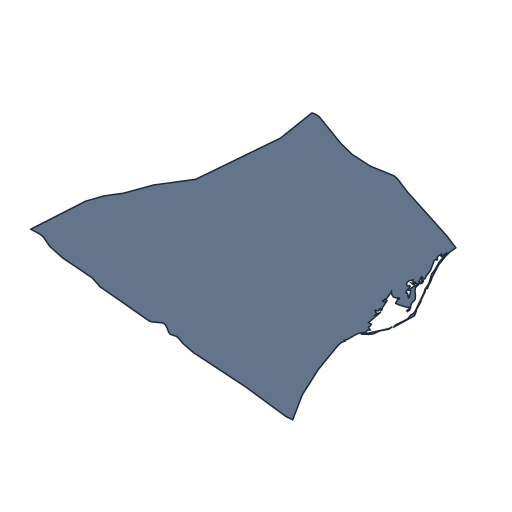 Shamal Sina', Mercator projection, rotated 144°
{"feature_id": "EGY-1558", "entity_name": "Shamal Sina'", "entity_type": "Governorate", "adm_level": 1, "iso_a3": "EGY", "parent_name": "Egypt", "parent_adm1": "", "projection": "mercator", "projection_center": [33.332, 30.402], "detail": "fine", "context": "isolated", "style": "filled", "palette": "slate", "viewbox_px": 512, "rotation_deg": 144, "n_neighbors": 0, "source": "natural_earth", "source_scale": "10m", "svg_char_len": 3116}
<svg xmlns="http://www.w3.org/2000/svg" viewBox="0 0 512 512"><g transform="rotate(144 256 256)"><path d="M329.6,119.5L331.1,124.1L336.8,142.0L341.4,156.4L347.0,171.1L354.4,190.8L363.4,214.6L366.5,228.0L366.9,235.0L367.7,237.9L370.0,241.1L371.5,243.2L371.5,245.5L370.1,250.5L369.8,253.5L370.1,255.4L371.1,257.0L379.1,264.0L380.7,266.4L385.5,280.3L394.1,305.2L399.8,321.4L400.2,322.3L400.4,323.3L400.5,324.3L400.4,325.3L401.4,334.5L407.7,352.0L413.5,367.8L417.2,385.1L416.9,396.6L418.0,400.6L421.3,407.6L422.5,410.0L422.4,410.1L361.6,400.5L343.4,393.9L326.5,384.8L297.0,373.6L259.7,353.5L166.8,337.0L126.6,338.9L125.6,337.4L124.3,335.1L123.0,331.6L121.2,297.3L118.5,281.7L110.8,261.6L97.4,240.1L97.1,239.5L96.6,237.2L96.1,233.7L95.8,218.7L89.8,159.9L89.5,145.2L89.8,145.1L96.2,145.3L102.3,144.5L113.1,141.6L126.1,135.2L128.6,133.3L134.6,130.2L136.2,129.0L137.2,129.0L137.2,130.3L132.5,132.1L124.4,138.2L119.7,139.6L111.7,143.3L99.2,146.5L106.3,146.5L106.3,147.7L104.2,148.8L108.7,148.8L110.3,148.2L111.3,146.5L112.2,146.5L112.3,147.5L112.8,147.7L113.4,147.5L114.2,147.7L123.2,141.9L130.7,139.5L132.2,138.3L133.1,138.3L133.7,139.2L135.8,139.7L135.3,140.6L134.2,140.7L134.2,141.9L135.7,141.3L139.2,139.6L139.2,138.3L135.2,138.3L135.2,137.2L137.2,136.4L139.6,137.1L141.9,138.7L143.2,140.7L143.6,141.7L143.9,143.4L144.2,144.2L142.1,144.2L147.0,146.0L149.2,145.9L151.2,144.2L151.2,142.9L149.8,142.1L149.1,141.9L149.1,140.7L154.8,139.3L156.2,138.3L155.4,137.0L155.7,135.8L156.5,134.4L157.1,132.5L156.2,132.5L155.2,133.6L152.2,136.0L151.7,136.6L151.2,137.1L151.2,137.6L152.2,138.3L150.2,138.7L146.9,138.7L143.5,138.2L141.1,137.2L145.5,136.8L148.0,134.2L149.9,130.8L152.2,127.8L153.9,127.0L157.5,126.4L159.2,125.5L162.0,122.8L163.7,122.0L166.2,122.0L166.2,123.2L162.1,123.2L162.1,124.3L164.0,125.6L169.2,132.5L170.8,135.4L170.1,136.3L168.3,136.8L166.2,138.3L166.0,137.9L166.0,137.4L165.8,137.1L165.1,137.2L165.1,138.3L167.6,140.0L168.9,142.2L168.8,144.8L167.2,147.7L172.4,145.6L175.1,144.9L177.0,145.3L178.0,145.1L178.7,145.1L180.0,145.3L180.0,144.2L178.0,142.9L177.0,142.9L177.0,144.2L176.2,144.2L176.2,142.9L183.9,139.9L186.0,138.3L187.1,138.3L186.0,139.6L187.1,140.7L188.1,139.8L189.3,139.7L190.4,140.4L191.0,141.9L192.0,141.9L192.2,140.4L192.1,138.7L191.9,138.5L194.0,138.3L192.7,137.6L191.2,137.8L189.8,137.6L188.1,137.2L204.1,136.0L202.8,132.9L204.7,132.3L207.0,132.1L207.0,129.0L208.5,129.8L209.0,130.3L210.0,130.3L212.0,129.7L217.8,132.8L220.5,133.6L231.2,134.8L234.0,136.0L234.0,134.8L237.3,135.8L242.1,135.5L272.2,127.6L300.3,116.4L322.3,102.1L322.6,101.9L326.1,108.5L327.0,111.3L329.6,119.5ZM159.2,116.8L163.0,114.5L186.0,117.4L185.1,118.1L183.2,118.1L178.7,117.3L174.4,116.6L170.1,116.0L165.1,117.4L162.7,116.9L158.9,118.2L141.4,127.7L138.3,130.3L140.0,127.7L143.4,126.0L146.2,124.5L148.0,123.4L149.9,122.0L157.5,118.4L159.2,116.8ZM202.5,123.2L206.9,124.1L210.8,126.2L217.1,131.3L213.9,129.1L191.3,119.2L187.1,118.6L191.6,118.7L199.1,122.3L202.5,123.2ZM144.7,141.5L144.2,140.7L143.4,140.7L144.4,139.9L145.3,140.1L145.9,141.2L146.2,142.9L144.7,141.5Z" fill="#64748b" stroke="#1e293b" stroke-width="1.5"/></g></svg>